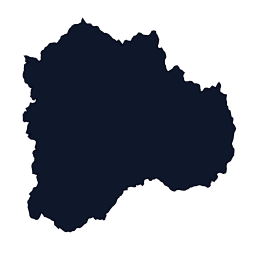 Bannach, Pará, Brazil, rotated 183°
{"feature_id": "56859067B96569332743407", "entity_name": "Bannach", "entity_type": "district", "adm_level": 2, "iso_a3": "BRA", "parent_name": "Brazil", "parent_adm1": "Pará", "projection": "robinson", "projection_center": [-50.626, -7.48], "detail": "fine", "context": "isolated", "style": "filled", "palette": "ink", "viewbox_px": 256, "rotation_deg": 183, "n_neighbors": 0, "source": "geoboundaries", "source_scale": "gbopen_adm2", "svg_char_len": 5792}
<svg xmlns="http://www.w3.org/2000/svg" viewBox="0 0 256 256"><g transform="rotate(183 128 128)"><path d="M180.0,21.6L178.6,22.8L177.7,22.8L176.3,23.2L174.6,25.7L173.2,26.4L171.0,26.2L169.4,27.3L166.8,30.2L165.5,30.9L164.6,31.8L164.0,33.9L163.5,35.3L162.6,36.3L161.0,36.5L158.5,37.7L157.3,37.6L156.6,36.2L155.4,35.3L154.2,36.4L153.0,35.9L151.5,35.5L150.5,35.5L149.0,36.6L147.8,35.3L146.8,35.5L146.3,37.6L145.6,39.2L146.1,40.6L145.6,41.9L143.8,43.1L141.6,46.7L139.9,49.0L138.7,50.0L137.8,51.1L136.9,52.3L136.2,53.9L135.8,55.9L134.9,57.7L133.6,58.6L133.3,60.0L131.4,60.8L130.9,61.9L130.2,62.8L129.7,65.9L128.2,66.1L126.9,66.5L125.9,66.5L125.9,69.3L125.0,69.2L124.1,69.7L122.7,70.1L121.3,70.2L119.1,69.8L117.6,70.1L117.8,71.5L116.8,72.1L115.1,71.9L113.1,73.0L111.9,72.8L110.6,71.7L109.7,72.9L109.9,74.7L109.8,76.5L109.1,77.6L108.2,78.3L105.4,79.1L104.3,78.2L103.6,77.1L102.0,77.2L101.5,78.3L98.7,78.9L97.8,79.8L96.5,79.9L95.5,79.1L94.6,78.9L91.8,76.6L90.6,76.3L89.6,75.5L88.9,74.4L87.9,73.2L86.7,72.9L84.3,71.8L83.4,70.9L82.8,69.8L81.8,69.0L80.6,68.3L79.2,67.8L78.0,67.8L76.9,68.8L75.6,69.6L74.5,69.4L73.6,69.7L72.3,69.3L69.1,69.0L67.7,69.2L66.4,70.2L65.1,70.6L63.8,71.7L62.9,72.7L61.4,72.7L60.1,73.5L58.8,74.0L57.2,74.2L55.9,74.6L54.1,75.4L51.5,75.0L50.2,74.5L49.2,74.8L47.0,74.2L45.1,73.2L43.9,74.0L43.1,74.9L43.5,77.0L42.6,78.3L42.4,80.1L41.6,81.0L40.2,79.6L39.0,79.5L38.5,80.6L37.4,81.7L36.6,82.8L36.3,84.4L37.4,85.7L37.5,86.8L36.7,87.7L34.9,88.7L33.4,88.9L30.2,87.8L28.4,88.6L28.0,90.3L27.9,92.7L28.3,95.3L27.8,98.1L26.0,99.7L24.2,100.8L22.2,105.2L21.4,106.1L21.2,111.3L21.5,112.8L22.8,113.9L23.2,115.4L24.1,117.2L23.9,119.0L23.3,120.7L22.8,122.6L22.3,129.0L21.1,131.6L20.8,133.1L21.7,135.0L23.1,137.0L24.1,137.7L24.3,139.3L24.0,141.1L23.9,142.3L24.2,143.3L25.6,144.0L26.2,145.7L27.2,150.2L29.3,151.4L29.8,154.5L30.9,155.4L31.2,156.8L31.1,158.4L31.4,159.9L32.0,161.2L32.0,163.2L31.6,166.0L33.0,166.2L34.3,166.2L36.2,167.6L37.5,167.9L38.5,169.3L38.6,172.0L38.0,173.8L38.0,175.4L38.5,176.5L39.5,177.8L40.4,176.7L41.8,173.4L42.7,172.4L44.5,173.4L46.0,174.0L48.2,171.2L49.1,171.2L50.6,171.6L52.1,171.7L53.4,171.2L54.6,169.0L55.7,168.1L57.0,167.7L58.0,168.1L58.1,170.0L58.6,171.2L58.7,173.1L59.1,174.3L60.0,175.0L62.4,175.5L63.9,175.2L65.1,175.8L66.0,176.9L66.9,177.5L68.8,177.6L70.1,177.1L71.9,176.9L73.2,176.9L74.5,177.6L75.3,179.0L75.3,180.7L76.1,181.8L76.3,183.3L75.7,184.8L75.0,186.2L76.3,187.0L77.3,188.1L79.1,188.6L79.9,189.3L80.6,190.8L82.1,192.5L84.3,191.9L85.2,190.9L86.4,188.9L89.1,187.2L89.9,186.5L90.8,186.2L91.8,186.4L93.5,189.1L94.1,192.2L95.0,193.2L95.4,196.5L95.4,198.4L94.7,199.5L94.2,200.8L94.6,202.9L95.5,205.3L97.0,206.6L97.6,207.5L98.2,208.6L98.8,209.4L99.7,208.9L100.7,208.8L101.9,209.1L103.0,210.1L103.1,211.9L102.6,213.7L102.3,215.7L102.2,218.0L104.1,222.2L105.4,223.5L105.7,225.7L107.0,226.1L108.9,225.7L109.6,224.3L110.0,223.3L111.0,222.1L112.1,221.2L113.0,221.0L115.1,221.2L116.4,221.1L117.8,221.3L118.9,221.9L119.9,222.8L121.1,223.2L122.3,223.2L123.6,221.3L124.5,220.3L126.7,219.6L128.3,217.2L129.0,215.0L129.9,214.5L133.0,214.6L134.2,215.3L135.5,214.7L136.1,213.7L136.3,212.5L137.7,210.9L138.8,210.2L139.2,211.9L141.1,214.1L141.9,215.0L143.4,213.6L144.4,213.7L145.2,214.5L146.7,215.4L147.9,215.8L149.0,216.7L150.0,217.9L152.5,220.1L154.1,220.8L155.5,221.1L156.6,220.8L158.9,222.4L160.8,223.5L161.7,224.1L162.5,225.8L163.5,227.3L164.7,227.6L167.2,227.1L169.0,227.5L170.8,229.6L172.2,229.7L174.4,229.3L175.4,230.0L176.3,230.8L179.0,234.5L179.6,232.8L179.5,231.7L179.9,230.7L180.8,229.9L181.9,229.4L182.8,228.6L186.8,228.2L189.0,226.6L189.7,225.3L191.1,224.0L191.9,222.5L193.2,218.6L195.6,217.8L196.9,216.9L198.5,216.2L199.3,215.5L199.7,213.3L201.2,211.5L201.7,210.2L203.0,208.9L204.5,208.2L205.4,209.0L206.8,208.8L208.2,208.4L209.9,208.2L210.8,207.6L212.7,204.8L214.7,203.7L215.6,201.5L216.5,200.8L217.5,200.5L218.2,199.6L218.6,197.9L218.0,196.5L218.2,193.9L217.8,191.7L219.8,189.6L221.8,190.3L222.9,191.9L223.9,192.5L225.5,192.6L227.0,193.0L228.5,192.9L230.1,193.2L231.7,194.0L233.3,194.5L234.8,194.3L233.5,192.5L233.3,190.5L233.5,189.2L231.0,188.1L232.8,186.9L234.5,185.4L234.3,183.6L234.5,181.7L234.0,180.6L234.6,179.1L235.1,177.0L235.2,174.8L234.8,173.0L233.7,172.0L233.4,170.9L233.3,169.2L232.2,167.8L231.0,167.7L229.2,166.3L229.0,164.9L227.7,163.7L226.0,163.6L225.7,162.3L226.3,161.0L226.2,159.8L226.5,158.0L226.1,156.4L226.6,154.4L225.6,154.0L224.5,151.7L223.5,151.3L222.6,152.6L221.5,152.6L220.4,151.3L221.5,148.5L222.6,147.9L224.3,147.2L226.6,147.6L227.0,145.2L228.5,143.2L230.5,142.1L229.7,140.9L229.4,139.0L230.1,138.2L231.5,138.7L233.2,135.7L232.8,133.2L232.7,129.8L231.6,129.1L229.4,129.6L228.3,129.2L226.8,129.1L226.1,128.2L226.7,127.3L227.4,126.4L228.0,124.8L228.1,121.5L229.1,117.9L227.9,117.6L227.0,116.9L226.0,116.9L225.2,116.0L226.4,115.3L227.0,114.3L224.4,112.1L221.8,112.0L220.2,111.6L219.4,110.8L218.6,109.9L218.5,107.6L219.4,104.0L218.1,101.1L220.2,100.4L221.1,99.4L221.5,97.9L220.9,97.0L220.2,94.5L219.1,93.7L219.2,91.3L219.2,90.0L221.2,87.3L221.7,85.9L221.7,84.4L221.1,82.2L220.5,78.9L220.5,77.8L219.5,77.8L218.3,77.6L217.4,77.1L216.2,77.2L215.5,76.4L216.3,74.2L215.1,70.7L214.5,69.5L214.3,68.3L215.2,65.7L216.3,63.6L218.6,63.2L219.2,62.1L219.4,61.0L220.0,59.7L221.9,57.9L222.6,56.9L221.7,56.2L221.0,55.1L221.4,54.1L222.1,53.0L222.9,50.8L223.8,49.8L224.0,48.6L223.3,46.6L223.1,45.3L223.4,43.8L221.6,38.3L221.1,35.4L220.5,34.4L219.5,33.5L216.8,33.0L215.0,32.1L213.8,32.3L213.0,33.1L212.2,34.4L211.2,36.9L211.1,38.3L210.0,39.1L208.0,37.6L206.6,35.5L205.6,35.4L204.4,35.1L202.9,34.3L200.9,33.8L200.1,33.1L199.0,32.3L196.6,31.7L196.2,30.3L195.9,27.7L194.2,26.4L192.9,25.0L192.0,24.4L191.6,25.5L190.5,25.7L189.8,24.7L186.6,22.4L185.3,21.6L184.1,21.5L182.8,22.0L181.4,22.0L180.0,21.6Z" fill="#0f172a" stroke="#020617" stroke-width="1.5"/></g></svg>